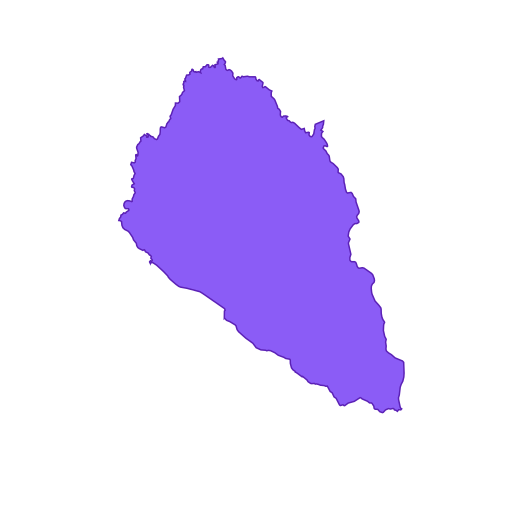 outline of Thyolo, Thyolo, Malawi, rotated 338°
{"feature_id": "42251766B18929072887304", "entity_name": "Thyolo", "entity_type": "district", "adm_level": 2, "iso_a3": "MWI", "parent_name": "Malawi", "parent_adm1": "Thyolo", "projection": "equal_earth", "projection_center": [35.104, -16.129], "detail": "fine", "context": "isolated", "style": "filled", "palette": "violet", "viewbox_px": 512, "rotation_deg": 338, "n_neighbors": 0, "source": "geoboundaries", "source_scale": "gbopen_adm2", "svg_char_len": 6057}
<svg xmlns="http://www.w3.org/2000/svg" viewBox="0 0 512 512"><g transform="rotate(338 256 256)"><path d="M142.1,171.7L143.4,172.4L144.2,173.7L143.2,177.3L143.2,180.0L144.2,182.2L146.6,184.9L147.4,186.7L148.6,192.5L148.5,195.2L149.8,199.4L149.3,201.8L149.6,203.9L150.5,205.4L153.2,208.4L154.7,208.3L155.0,208.7L155.1,210.7L157.0,212.7L157.6,215.2L158.1,215.4L158.8,217.2L157.7,218.6L158.3,220.5L158.2,221.1L156.9,222.0L156.5,220.9L155.5,221.2L155.1,221.6L155.2,223.3L155.4,223.0L157.7,223.3L160.4,227.2L164.5,235.9L166.7,241.4L166.8,242.9L167.7,245.5L171.2,252.3L173.0,255.2L174.4,256.6L179.8,260.0L190.6,268.1L192.5,270.7L207.2,293.1L207.0,294.8L206.1,295.2L203.3,301.8L203.5,301.7L204.6,304.6L207.1,307.0L210.9,312.1L211.3,313.2L210.9,317.2L211.5,319.7L215.8,328.4L220.4,335.7L221.8,341.1L225.4,344.9L229.6,347.0L230.5,347.9L232.1,348.1L234.0,349.2L237.3,352.8L239.4,356.3L244.0,360.5L245.1,362.1L248.6,364.3L248.8,365.3L247.6,368.5L247.0,373.0L247.6,375.3L249.1,377.7L248.9,378.4L249.6,379.0L253.5,385.3L254.1,385.1L256.8,390.0L257.2,392.1L258.9,394.6L259.8,395.2L262.3,396.0L263.0,397.0L264.0,397.2L265.6,398.3L267.3,399.9L270.7,401.7L271.9,402.9L273.4,403.4L274.0,409.4L275.4,411.4L275.6,415.9L277.0,418.0L277.6,425.0L277.9,425.9L278.3,426.3L280.9,426.5L281.5,427.6L282.1,428.0L286.4,426.9L292.7,427.6L299.5,426.3L300.3,427.1L300.8,428.2L305.0,432.5L306.2,434.7L308.1,435.6L308.4,436.2L309.0,439.4L308.5,441.3L308.6,442.0L309.1,442.7L311.4,443.8L312.5,446.8L314.6,448.6L315.5,448.6L318.4,447.2L321.6,447.1L323.4,448.3L326.0,448.7L326.7,449.7L326.7,450.6L328.0,451.5L328.9,453.0L330.7,451.9L332.6,452.9L333.8,452.3L333.1,451.2L333.1,449.9L334.4,442.6L335.0,440.8L336.8,438.5L340.6,431.6L342.6,429.3L345.2,427.1L347.7,423.6L349.4,420.1L353.1,409.9L352.5,408.2L346.8,402.6L344.6,398.2L342.6,395.5L341.4,393.1L341.4,392.3L341.6,391.0L343.0,388.2L343.9,384.4L345.5,382.0L345.2,378.7L346.2,372.8L348.3,368.2L349.3,366.6L350.2,366.0L350.4,365.3L349.8,362.2L349.9,359.5L350.6,356.2L352.1,352.1L352.3,350.8L351.5,347.8L349.5,342.3L349.3,334.9L349.6,333.0L350.7,329.2L351.8,327.0L353.5,325.5L355.5,324.7L356.6,323.3L357.1,321.4L357.2,317.2L356.6,315.4L351.6,307.7L350.2,306.7L347.4,306.1L346.4,305.5L345.9,303.7L346.2,300.3L346.0,299.0L345.2,298.2L342.5,297.1L341.8,296.2L341.5,295.0L342.4,292.6L344.6,290.0L346.3,279.3L346.8,278.2L349.5,275.5L348.9,272.1L351.0,268.5L353.5,266.1L357.8,263.5L359.8,263.0L361.7,263.7L363.7,263.4L364.2,263.0L364.4,261.8L363.8,258.6L364.0,257.3L365.2,256.1L367.1,255.1L368.2,253.7L368.5,252.4L369.0,243.4L369.9,240.3L368.7,237.3L368.6,234.0L367.9,232.6L364.4,231.9L363.8,230.8L364.0,227.4L365.0,223.0L365.2,220.9L366.4,217.2L366.6,215.2L365.6,211.8L363.7,209.7L363.5,209.1L364.8,206.3L364.5,204.5L362.2,199.3L360.3,196.6L360.2,195.3L361.3,190.8L361.1,189.5L360.4,187.9L360.1,184.6L359.0,182.3L358.7,181.0L360.4,179.4L361.4,179.7L362.6,181.0L363.1,181.2L363.5,181.0L363.9,179.1L363.7,177.1L362.9,173.2L361.7,170.8L361.5,169.5L362.8,166.7L364.7,165.6L363.3,163.6L365.8,162.0L366.6,160.4L367.8,159.2L369.5,156.0L360.3,156.1L359.0,158.0L358.6,159.8L357.5,160.8L355.3,164.4L352.8,166.2L351.8,166.1L351.0,165.4L350.5,163.6L351.6,161.5L351.2,161.0L348.2,160.3L348.0,158.4L348.5,155.8L345.5,155.6L344.0,152.9L341.5,147.3L340.2,145.8L338.9,145.6L338.1,144.8L337.4,143.0L336.1,142.1L335.7,139.5L336.0,138.9L337.5,138.7L337.2,138.1L335.8,137.2L333.9,136.6L332.4,137.2L331.6,136.5L331.3,135.2L331.5,134.0L332.9,131.2L332.5,128.6L331.5,127.2L331.9,125.2L331.9,118.3L331.6,117.0L330.0,113.7L331.3,110.2L332.5,109.0L330.6,107.0L328.2,102.6L327.8,102.3L326.3,102.6L325.3,102.3L325.4,101.0L327.1,98.5L327.4,97.9L327.2,97.3L325.1,93.6L324.4,93.7L323.6,94.5L322.7,94.0L322.2,92.1L322.6,90.2L322.4,89.6L317.1,87.4L315.4,86.1L311.4,85.1L310.6,84.2L310.1,84.1L309.0,84.9L308.0,85.1L307.0,83.3L306.5,83.1L305.0,83.4L304.3,85.1L303.8,85.2L303.0,84.4L302.5,83.3L302.0,80.7L302.0,80.0L303.1,77.8L302.6,75.3L301.6,73.7L300.8,73.1L299.3,73.3L298.4,72.6L298.0,71.5L298.8,67.7L298.3,66.6L300.0,65.4L300.5,64.3L299.8,62.5L299.4,59.9L298.6,60.2L295.1,59.3L295.1,59.9L294.2,60.6L293.8,61.8L292.7,61.8L293.0,63.1L292.7,63.6L289.6,63.3L289.0,65.7L288.5,65.9L288.1,65.6L287.9,63.7L287.2,62.9L284.4,64.0L283.4,63.7L283.0,63.3L283.6,61.6L283.6,61.0L282.3,60.3L279.9,61.5L278.0,60.8L276.6,62.5L275.6,62.2L274.6,62.6L273.4,64.1L273.4,65.4L271.6,63.5L269.6,63.4L269.2,63.1L269.3,62.5L267.9,62.3L267.3,61.4L267.5,60.1L267.2,59.5L266.9,59.0L266.4,59.0L266.2,59.7L265.0,60.6L263.5,60.9L263.2,61.3L263.0,62.6L261.5,62.9L259.4,62.3L257.2,64.8L256.3,65.2L256.3,67.2L256.1,67.7L255.3,66.9L254.4,67.2L254.0,68.4L252.8,69.4L252.6,70.0L253.0,70.4L252.9,71.0L252.0,72.6L251.6,75.9L249.2,76.8L247.7,78.4L246.7,78.9L244.8,79.5L243.2,84.1L242.8,84.5L241.0,85.1L238.6,84.0L237.6,86.3L234.1,88.9L230.3,93.3L228.7,94.2L228.4,96.7L226.9,97.3L225.3,98.9L224.3,99.0L223.5,99.8L223.0,99.9L220.8,102.6L219.4,102.9L216.8,100.9L215.8,100.9L214.8,102.4L213.6,105.3L212.4,107.3L210.5,108.4L208.4,110.6L207.4,110.8L205.8,109.2L205.0,106.8L203.2,105.7L203.3,105.0L202.5,104.2L202.2,103.0L201.1,101.8L200.6,101.8L200.6,102.5L201.3,103.3L201.3,103.9L200.6,105.2L200.1,105.3L199.3,104.9L199.6,104.4L199.5,103.7L198.0,101.5L196.7,102.4L193.3,103.2L192.3,106.4L191.3,106.7L189.6,108.0L188.1,108.4L186.1,110.3L185.7,111.5L185.5,115.8L184.1,118.4L183.7,118.8L183.3,118.5L183.1,117.2L182.6,117.1L182.2,117.6L181.3,120.7L179.7,122.3L179.4,123.5L178.9,123.8L178.0,124.0L175.7,122.5L174.1,124.4L174.7,126.2L174.8,130.7L174.5,131.9L174.8,134.2L173.1,135.6L171.4,138.0L170.9,138.2L169.9,137.9L169.5,138.3L169.6,140.2L170.2,143.4L167.6,143.8L166.6,145.2L166.7,145.8L168.1,146.6L168.6,147.7L168.6,148.3L167.6,149.8L167.8,151.8L167.5,152.3L165.7,153.4L164.7,154.9L162.6,156.7L161.6,159.0L161.1,159.0L159.4,157.5L157.5,156.5L155.9,156.4L154.5,156.9L153.2,158.1L152.3,159.8L152.3,161.8L152.6,163.0L153.0,163.3L155.5,164.4L155.4,165.7L155.0,166.1L152.1,166.7L151.2,167.4L150.7,167.4L149.5,166.4L147.6,167.4L146.1,167.5L145.2,169.1L143.4,170.1L142.1,171.7Z" fill="#8b5cf6" stroke="#5b21b6" stroke-width="1.5"/></g></svg>